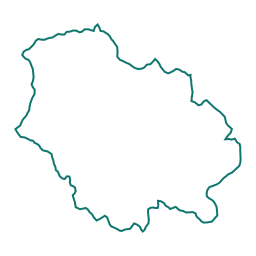 Poço Fundo, Minas Gerais, Brazil (Natural Earth projection), rotated 180°
{"feature_id": "56859067B54167324387796", "entity_name": "Poço Fundo", "entity_type": "district", "adm_level": 2, "iso_a3": "BRA", "parent_name": "Brazil", "parent_adm1": "Minas Gerais", "projection": "natural_earth1", "projection_center": [-45.997, -21.81], "detail": "fine", "context": "isolated", "style": "outline", "palette": "teal", "viewbox_px": 256, "rotation_deg": 180, "n_neighbors": 0, "source": "geoboundaries", "source_scale": "gbopen_adm2", "svg_char_len": 3062}
<svg xmlns="http://www.w3.org/2000/svg" viewBox="0 0 256 256"><g transform="rotate(180 128 128)"><path d="M64.6,171.5L64.8,175.6L65.5,178.5L65.5,181.1L67.7,180.6L69.5,182.2L71.3,183.9L73.7,184.3L76.6,186.3L79.8,187.1L82.9,184.9L85.8,183.5L87.9,182.7L91.2,184.1L93.7,187.1L95.5,189.5L96.7,192.2L98.3,194.5L100.9,197.0L103.1,194.3L105.6,191.8L109.3,191.3L111.4,188.8L113.9,187.4L117.7,187.0L121.2,188.0L123.7,189.7L126.5,191.9L129.9,193.3L133.0,194.9L135.9,196.1L138.7,199.2L138.5,204.2L138.8,209.1L141.0,212.1L142.8,214.9L144.7,216.9L146.2,219.7L148.1,221.8L150.2,223.1L152.5,224.6L155.5,225.1L156.6,228.4L158.4,231.5L161.1,229.0L162.3,225.1L164.6,225.7L167.6,226.7L171.3,226.7L174.4,224.1L177.0,223.8L179.4,225.3L182.9,225.5L185.8,224.4L189.4,224.1L191.6,221.5L195.1,221.5L197.6,222.1L200.6,220.4L203.7,218.4L206.3,218.1L209.0,217.3L211.5,216.2L214.8,216.4L217.7,217.0L220.1,215.4L222.3,211.6L224.7,209.1L227.1,206.8L229.8,206.1L232.3,204.3L233.8,201.1L232.2,199.0L230.0,197.0L227.6,196.3L225.9,194.0L224.8,190.9L223.1,186.6L222.8,183.4L222.4,178.6L223.1,174.8L224.4,171.7L223.2,168.8L221.3,166.4L221.5,161.9L223.5,158.5L224.9,155.0L225.9,151.9L226.5,148.7L226.9,145.5L228.5,143.0L229.7,140.3L231.5,138.3L233.3,136.2L234.6,133.5L235.8,130.4L238.1,128.8L240.6,126.8L239.0,124.1L237.3,121.6L235.2,119.0L231.5,118.6L228.8,117.4L225.6,115.7L222.9,115.2L221.5,113.2L218.6,111.9L216.6,110.2L215.5,108.0L213.5,105.9L211.1,105.1L208.8,104.7L206.6,103.4L204.4,101.9L203.7,98.2L202.7,95.5L202.1,92.4L200.6,89.0L200.2,86.0L198.1,84.3L196.2,79.7L193.7,77.5L191.3,77.0L189.1,79.7L186.6,79.4L185.8,76.2L186.2,73.6L185.3,70.8L183.1,69.9L181.1,68.6L180.3,64.8L181.5,62.5L183.3,60.7L182.2,57.1L181.1,53.6L180.3,48.8L176.0,46.8L172.9,47.4L170.2,48.0L168.1,46.4L166.1,43.5L164.0,41.8L162.1,38.5L159.4,35.5L155.9,37.2L153.6,38.7L151.1,40.2L148.9,38.6L147.5,35.0L146.4,31.7L144.8,29.7L142.2,28.5L139.1,27.1L136.6,25.5L134.3,25.0L132.0,26.1L129.4,26.8L126.0,27.1L123.7,30.1L121.9,32.6L118.8,31.3L116.0,29.1L114.9,26.5L113.3,24.5L111.4,26.1L110.3,28.8L108.9,30.8L107.5,32.8L107.2,36.6L107.7,41.0L108.0,43.7L107.8,46.7L105.7,48.1L103.1,48.5L100.7,48.0L98.2,48.1L97.7,50.9L98.0,55.2L95.2,54.8L92.0,52.9L90.2,50.1L87.6,48.8L85.9,47.0L83.3,48.0L80.4,49.1L78.5,47.6L76.6,45.8L73.0,45.0L69.9,43.5L66.7,43.7L63.4,43.9L60.5,42.7L59.8,40.3L58.3,38.3L56.5,36.9L54.6,34.6L52.2,33.4L48.8,33.6L44.1,34.4L41.3,37.6L38.7,40.5L38.9,44.0L39.4,49.1L40.5,51.3L42.0,54.1L44.2,56.2L46.7,57.5L49.1,59.6L49.4,62.7L48.5,66.3L46.4,69.0L42.9,70.2L39.2,71.6L36.4,73.4L34.5,75.6L32.2,78.1L30.2,79.5L27.9,81.6L24.0,83.4L20.7,86.4L18.3,88.6L16.7,90.2L15.7,93.2L15.4,97.2L15.6,102.3L15.8,105.4L15.7,108.7L16.3,111.9L18.9,113.7L21.2,117.4L24.4,116.4L27.1,117.0L30.6,116.7L28.5,119.9L25.4,123.1L24.1,126.9L26.0,128.8L28.0,130.4L29.9,133.1L30.6,136.5L31.2,139.0L33.7,141.9L36.2,144.3L38.8,146.1L41.0,147.8L43.3,149.9L45.5,152.0L47.4,153.8L49.5,155.9L52.3,154.6L54.6,151.5L57.5,150.7L59.7,152.6L61.6,153.9L64.5,154.9L64.2,159.0L63.4,163.4L64.0,167.1L64.6,171.5Z" fill="none" stroke="#0f766e" stroke-width="2"/></g></svg>